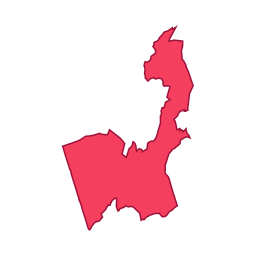 the district of Kuresoi North, Rift Valley, Kenya, rotated 7°
{"feature_id": "3690345B6327191419481", "entity_name": "Kuresoi North", "entity_type": "district", "adm_level": 2, "iso_a3": "KEN", "parent_name": "Kenya", "parent_adm1": "Rift Valley", "projection": "equal_earth", "projection_center": [35.615, -0.251], "detail": "fine", "context": "isolated", "style": "filled", "palette": "rose", "viewbox_px": 256, "rotation_deg": 7, "n_neighbors": 0, "source": "geoboundaries", "source_scale": "gbopen_adm2", "svg_char_len": 4622}
<svg xmlns="http://www.w3.org/2000/svg" viewBox="0 0 256 256"><g transform="rotate(7 128 128)"><path d="M88.1,205.4L88.4,205.3L90.3,209.1L91.3,211.2L92.4,213.9L94.3,218.0L98.0,226.2L101.1,233.2L102.3,233.8L103.6,231.6L103.9,230.1L104.9,228.6L105.8,226.9L107.1,225.4L108.8,224.6L110.2,224.1L111.2,223.3L112.0,222.0L112.7,221.0L113.6,219.6L111.8,216.5L113.8,214.2L115.1,212.5L115.7,211.4L117.7,206.9L118.7,207.0L119.7,206.8L119.8,205.3L120.4,204.0L120.7,203.0L121.2,201.9L121.9,201.0L123.1,199.9L124.1,199.2L125.0,199.1L125.3,200.5L125.4,200.9L125.6,202.1L125.7,203.9L125.9,205.9L126.1,207.7L126.7,208.7L127.2,209.6L127.6,210.7L128.2,211.6L129.4,210.7L130.0,209.0L131.4,208.3L132.3,207.9L133.5,207.4L134.6,206.2L135.5,205.6L136.1,205.6L137.2,206.1L138.3,206.2L139.5,205.8L140.2,205.6L141.6,205.4L143.1,206.0L145.0,207.4L150.0,211.1L152.3,218.0L153.7,216.8L155.0,217.1L155.4,216.7L155.8,216.3L156.4,215.0L157.5,213.8L158.8,213.3L159.6,212.2L161.0,211.5L161.7,211.3L162.9,210.7L164.0,210.2L164.3,210.0L164.7,209.7L165.4,209.5L166.5,209.4L167.9,209.1L169.3,209.0L170.7,210.0L171.8,211.1L172.8,211.9L173.9,211.8L174.7,211.5L175.7,211.2L176.8,210.2L177.8,208.8L178.3,207.4L178.6,206.8L178.8,206.5L180.0,205.4L181.2,204.4L182.0,204.0L182.5,203.1L183.1,202.3L184.2,201.2L185.3,200.1L186.4,199.3L182.0,189.5L181.3,188.1L180.7,187.0L178.1,180.8L174.8,173.0L174.6,172.7L174.1,172.0L173.9,171.6L173.6,171.3L172.6,170.3L171.1,169.4L170.7,168.5L170.1,167.1L170.1,165.9L170.1,164.7L170.0,164.1L169.8,162.9L169.5,161.6L169.5,159.7L170.1,157.4L170.4,155.6L170.7,153.8L171.0,152.0L171.5,150.1L171.9,148.2L173.2,146.6L174.0,145.2L174.5,144.0L175.6,143.3L176.9,142.4L178.1,140.8L179.2,139.8L180.5,138.6L181.6,136.9L181.3,135.5L181.7,133.8L182.6,132.7L183.7,132.0L185.0,130.9L186.1,130.2L187.3,129.8L188.2,129.5L189.4,129.8L190.7,130.2L189.5,128.2L188.8,127.3L187.9,126.7L187.3,126.2L186.6,124.6L186.0,123.1L185.7,121.7L182.8,125.7L183.1,124.1L180.7,123.2L180.0,124.4L179.5,122.2L176.7,123.8L175.6,120.0L173.9,115.4L173.1,115.0L172.7,113.8L175.8,109.6L176.7,106.0L178.1,105.3L179.2,104.4L180.0,103.7L181.3,103.2L182.4,103.2L181.9,104.5L183.2,104.2L185.2,103.1L184.9,100.3L184.9,98.5L184.9,92.2L184.8,86.6L185.8,83.4L187.5,78.2L186.0,75.0L183.5,69.9L181.3,65.1L178.4,60.5L177.6,58.2L175.3,54.9L173.4,53.0L172.8,50.4L171.6,44.7L172.2,40.4L171.7,35.1L168.9,35.1L162.9,35.2L160.9,36.0L157.9,36.9L158.6,34.0L161.0,27.9L163.2,22.2L160.3,24.6L159.7,23.1L158.8,24.1L157.2,25.4L155.9,26.7L153.3,27.8L152.6,28.2L151.7,29.2L151.0,30.7L150.2,31.9L149.0,33.4L148.1,34.9L147.6,36.5L146.6,38.1L145.5,38.5L144.5,39.2L143.3,40.0L143.8,42.4L142.8,44.0L145.6,47.0L146.3,50.1L144.7,51.7L143.4,52.9L142.2,54.1L142.1,56.5L141.6,58.4L139.7,59.7L139.2,60.1L138.7,60.5L136.9,60.1L136.5,62.2L136.4,64.4L137.4,66.0L137.8,67.9L137.8,69.4L137.9,70.7L137.7,72.0L138.3,73.0L138.8,73.9L138.9,75.3L139.3,76.8L140.4,77.0L141.1,78.4L141.7,78.7L142.2,78.9L142.8,78.1L143.1,77.7L143.8,76.7L144.7,76.2L145.1,75.9L145.7,75.7L146.6,75.2L147.6,74.9L148.4,75.8L149.4,75.8L150.1,75.8L150.5,75.6L151.4,75.2L152.8,74.7L154.2,75.0L155.4,75.2L156.0,76.2L157.0,77.3L157.3,79.2L157.7,81.1L158.8,82.1L159.2,82.1L160.3,81.6L161.1,81.6L161.8,81.6L163.1,81.2L164.1,81.5L164.5,82.5L163.9,86.0L163.4,89.4L162.9,92.8L166.3,94.8L164.3,96.2L162.1,97.8L161.7,100.6L161.3,103.5L159.3,103.7L158.8,107.3L159.6,110.0L158.7,111.9L159.2,116.1L159.6,118.7L159.1,122.4L158.5,125.6L158.2,127.3L158.0,129.2L157.4,132.2L156.7,135.1L154.8,138.0L153.1,138.0L151.8,138.7L150.7,139.4L149.5,140.5L149.4,143.5L149.4,146.6L147.4,148.0L146.2,148.9L145.0,149.9L144.3,147.8L143.0,147.4L141.7,147.2L140.2,148.5L139.6,149.9L139.0,148.9L138.8,148.4L138.5,147.2L138.0,144.7L137.0,142.9L135.9,141.6L134.8,141.0L134.4,143.0L134.2,145.0L133.7,145.9L132.3,147.6L131.5,148.7L131.0,151.6L130.7,153.3L130.4,154.9L130.0,157.3L125.4,154.8L125.6,152.5L126.0,149.3L126.4,146.0L126.6,143.8L125.4,142.6L123.3,140.7L121.4,139.0L119.5,137.8L117.7,136.7L116.1,135.8L112.6,133.7L111.6,133.1L109.9,132.0L109.5,133.6L108.9,135.8L108.1,137.3L105.6,137.4L102.3,137.4L100.8,136.7L99.4,137.2L98.1,137.9L96.5,138.5L96.0,138.7L95.2,139.1L94.3,139.5L93.9,139.7L92.5,140.0L91.6,140.3L89.7,140.9L87.3,141.2L86.0,142.2L84.8,143.2L82.4,145.2L80.8,146.3L80.1,146.8L79.6,147.1L79.2,147.3L77.7,148.0L75.3,149.2L74.0,149.9L72.6,150.6L70.7,151.4L68.4,152.6L65.3,154.1L66.2,155.8L67.5,158.9L68.9,162.0L70.4,165.5L71.5,167.9L72.3,169.5L73.4,171.9L74.1,173.5L75.2,176.0L76.9,178.5L77.0,179.9L78.2,182.5L78.9,184.1L80.2,187.0L81.7,190.4L82.9,192.9L84.3,196.1L85.7,199.3L86.9,201.9L87.7,203.5L88.1,205.4Z" fill="#f43f5e" stroke="#9f1239" stroke-width="1.5"/></g></svg>